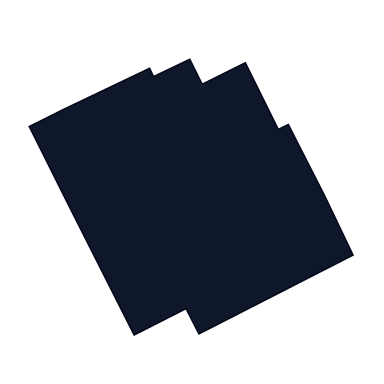 Logan, Illinois, United States of America (Natural Earth projection), rotated 154°
{"feature_id": "52423323B39972764046718", "entity_name": "Logan", "entity_type": "district", "adm_level": 2, "iso_a3": "USA", "parent_name": "United States of America", "parent_adm1": "Illinois", "projection": "natural_earth1", "projection_center": [-89.404, 40.121], "detail": "fine", "context": "isolated", "style": "filled", "palette": "ink", "viewbox_px": 384, "rotation_deg": 154, "n_neighbors": 0, "source": "geoboundaries", "source_scale": "gbopen_adm2", "svg_char_len": 374}
<svg xmlns="http://www.w3.org/2000/svg" viewBox="0 0 384 384"><g transform="rotate(154 192 192)"><path d="M74.9,64.7L74.4,129.8L75.5,191.2L75.8,210.5L87.0,210.4L87.4,284.8L135.6,284.4L135.8,312.3L175.9,312.6L175.9,321.8L271.6,322.6L309.6,322.2L308.8,238.2L306.7,89.1L306.7,88.8L248.5,89.8L248.0,61.4L74.9,64.7Z" fill="#0f172a" stroke="#020617" stroke-width="1.5"/></g></svg>